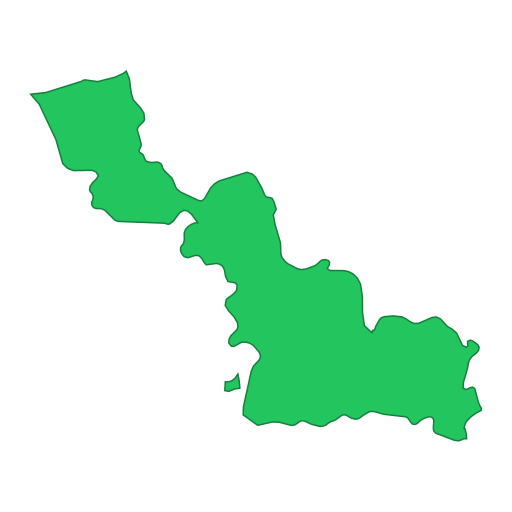 the Metropolitan department of Nord
{"feature_id": "FRA-5330", "entity_name": "Nord", "entity_type": "Metropolitan department", "adm_level": 1, "iso_a3": "FRA", "parent_name": "France", "parent_adm1": "", "projection": "albers", "projection_center": [3.256, 50.528], "detail": "fine", "context": "isolated", "style": "filled", "palette": "green", "viewbox_px": 512, "rotation_deg": 0, "n_neighbors": 0, "source": "natural_earth", "source_scale": "10m", "svg_char_len": 3753}
<svg xmlns="http://www.w3.org/2000/svg" viewBox="0 0 512 512"><path d="M126.3,71.2L129.4,78.9L131.3,93.5L133.3,99.9L140.7,108.2L143.9,113.2L144.5,119.8L143.3,121.8L138.5,126.5L137.2,129.5L141.2,144.1L141.0,146.2L139.3,149.9L139.1,151.4L139.7,152.5L142.2,153.9L143.2,155.0L144.9,159.2L146.0,161.0L147.6,161.7L150.6,162.4L152.3,162.5L156.2,162.0L158.2,162.2L160.9,163.7L162.0,165.6L162.6,167.9L164.0,170.3L171.7,177.9L172.9,180.1L175.6,186.8L176.7,188.8L180.6,192.1L197.3,199.9L198.2,200.3L201.5,201.0L204.3,198.9L210.6,188.0L214.4,183.9L219.3,180.9L230.2,177.5L246.9,172.3L252.3,174.0L255.8,177.3L259.3,183.6L262.2,188.8L264.7,195.1L266.4,197.1L269.4,197.5L272.2,198.4L273.8,201.5L276.2,209.3L273.3,214.9L275.0,224.4L280.5,243.0L280.8,253.6L281.9,257.3L285.2,261.6L288.0,263.8L297.2,268.6L300.9,269.6L306.0,269.0L315.2,265.6L318.0,263.4L320.1,261.3L322.3,259.9L325.3,259.6L328.3,260.5L329.6,262.2L329.3,264.9L327.3,268.6L329.9,270.5L343.5,270.6L348.3,271.5L352.9,273.8L357.1,277.8L360.5,284.0L362.4,296.8L362.5,312.2L364.4,325.7L371.9,332.7L372.7,330.5L373.0,330.3L373.3,330.6L374.3,330.0L374.9,329.0L375.8,326.2L379.5,319.7L381.2,317.8L384.1,316.7L393.2,315.9L402.0,316.9L406.4,319.1L410.0,321.6L413.8,323.4L418.6,323.3L432.0,317.5L436.4,317.0L440.5,318.9L447.6,326.6L452.2,329.2L456.6,333.1L462.5,345.5L466.4,347.2L467.9,345.7L467.6,343.4L467.7,341.3L470.4,340.1L472.3,340.8L475.1,342.6L477.8,344.8L479.1,347.0L478.6,350.4L476.6,352.8L471.7,356.8L469.4,360.1L468.5,362.8L467.4,368.8L463.5,382.1L463.1,388.1L466.1,389.6L470.3,387.6L472.6,387.2L474.7,388.3L478.5,402.5L479.8,405.6L481.3,408.2L481.2,410.4L476.2,413.0L471.3,416.5L467.5,420.2L466.0,422.1L464.9,424.6L464.1,428.5L465.1,429.0L466.3,434.0L466.6,438.8L465.1,438.7L464.9,438.7L462.9,439.1L462.0,439.6L459.7,440.5L458.1,440.8L454.2,440.2L436.2,433.4L435.0,432.5L434.1,431.4L433.7,430.6L433.5,429.6L433.3,427.5L433.8,420.6L433.2,418.5L431.4,417.1L428.7,416.7L424.5,418.2L421.8,419.6L420.2,420.7L416.8,423.8L414.7,424.4L412.6,424.1L410.5,422.0L409.2,419.8L407.7,417.9L405.7,416.8L384.0,414.3L374.8,411.7L372.3,411.4L369.4,411.7L363.2,415.3L360.7,417.3L358.1,418.8L355.3,419.2L351.2,418.1L346.2,415.2L344.2,414.8L342.2,415.1L336.3,419.4L334.3,420.5L330.8,421.7L329.5,422.4L327.6,423.6L325.9,425.2L323.1,426.1L319.7,426.4L311.0,424.1L305.9,421.6L303.5,420.8L301.3,420.8L298.8,422.1L297.0,423.6L294.5,425.0L291.6,425.5L279.0,422.2L272.4,422.0L257.7,425.3L244.3,415.7L243.2,415.0L243.4,407.1L251.3,371.0L253.6,365.9L259.4,359.8L260.4,357.3L260.2,354.6L259.2,352.2L253.2,345.2L249.3,343.0L245.3,342.1L241.5,342.3L233.8,346.5L231.3,346.2L228.8,343.0L229.0,339.3L230.8,335.8L237.1,329.5L237.9,326.9L237.5,322.8L234.1,316.9L228.9,311.2L225.2,305.4L226.3,299.3L233.4,294.0L236.5,290.6L237.2,285.2L235.3,282.9L228.0,281.5L225.6,276.6L224.5,270.4L223.6,267.9L221.9,265.6L219.2,264.0L216.1,263.5L206.2,264.8L204.0,262.3L202.1,258.8L199.1,255.8L195.5,255.3L188.0,257.7L184.4,256.8L183.2,255.6L182.0,254.0L181.0,252.1L180.5,250.1L180.6,247.6L181.2,246.3L183.3,243.8L184.3,240.2L184.2,233.1L185.5,229.5L188.0,226.6L191.2,224.4L194.6,223.0L197.8,222.7L191.5,214.2L187.7,211.1L183.9,210.3L179.7,212.7L173.2,221.3L169.4,224.1L167.7,224.2L164.5,223.2L118.0,221.4L114.9,220.2L104.7,210.1L100.9,208.6L95.9,208.5L93.5,207.5L91.8,204.9L91.7,202.5L93.1,198.4L93.1,195.9L92.0,193.3L90.5,191.9L89.6,190.1L90.0,186.6L92.6,182.7L96.3,179.1L98.4,175.7L96.0,171.9L92.0,170.3L73.4,170.6L67.6,168.3L62.8,163.7L55.9,139.5L39.4,104.5L30.7,94.2L45.5,92.6L81.3,81.4L83.5,80.2L85.2,79.9L97.7,81.6L114.7,77.3L123.1,73.5L126.2,71.3L126.3,71.2ZM237.9,374.0L239.2,381.0L239.9,388.2L234.7,389.0L228.8,391.4L224.8,390.6L225.3,381.8L228.9,381.8L232.3,380.5L235.3,377.9L237.9,374.0Z" fill="#22c55e" stroke="#15803d" stroke-width="1.5"/></svg>